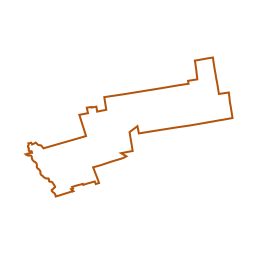 the district of Contesti, Teleorman, Romania, rotated 351°
{"feature_id": "2599482B71903037173663", "entity_name": "Contesti", "entity_type": "district", "adm_level": 2, "iso_a3": "ROU", "parent_name": "Romania", "parent_adm1": "Teleorman", "projection": "robinson", "projection_center": [25.518, 43.808], "detail": "fine", "context": "isolated", "style": "outline", "palette": "amber", "viewbox_px": 256, "rotation_deg": 351, "n_neighbors": 0, "source": "geoboundaries", "source_scale": "gbopen_adm2", "svg_char_len": 3845}
<svg xmlns="http://www.w3.org/2000/svg" viewBox="0 0 256 256"><g transform="rotate(351 128 128)"><path d="M232.8,134.5L232.8,121.4L232.7,120.8L232.7,119.3L232.7,118.1L232.7,117.6L232.8,116.1L232.9,114.7L233.0,112.8L233.0,111.4L233.1,110.4L233.1,109.7L233.1,108.7L231.6,108.7L229.5,108.7L228.7,108.6L227.9,108.7L227.3,108.7L225.5,108.6L224.1,108.6L223.1,108.6L223.1,106.6L223.1,105.8L223.1,104.3L223.1,103.0L223.1,101.8L223.1,100.3L223.1,99.4L223.1,98.6L223.1,97.8L223.1,96.7L223.0,95.6L223.0,94.2L222.9,94.1L222.9,93.6L222.9,92.9L222.9,92.0L222.9,91.0L222.9,90.6L222.9,90.1L222.9,89.5L222.9,87.2L222.8,84.9L222.8,83.0L222.8,81.5L222.8,78.9L222.8,78.2L222.8,76.9L222.8,75.1L222.9,73.5L222.9,71.7L221.0,71.7L219.8,71.7L218.5,71.7L217.2,71.7L215.3,71.7L214.0,71.7L213.8,71.8L211.1,71.8L209.2,71.9L205.6,71.9L204.6,71.9L204.6,74.5L204.5,82.6L204.4,83.3L204.1,90.8L194.7,90.8L194.7,93.8L184.9,93.7L166.4,93.9L127.8,94.0L109.4,93.8L109.4,106.6L100.1,107.0L100.1,102.0L95.3,102.1L95.3,101.5L90.5,101.5L90.8,107.1L82.0,107.4L85.3,129.4L41.7,134.8L41.4,134.9L40.2,132.9L39.4,131.6L38.5,131.3L36.9,130.8L36.6,130.6L34.6,128.0L34.2,128.2L30.7,129.3L30.1,127.4L28.2,127.6L27.2,127.6L27.3,128.3L27.3,128.9L27.2,129.3L27.1,129.5L26.7,129.8L26.4,130.0L26.3,130.4L26.3,130.6L26.3,130.9L26.3,131.1L26.4,131.4L26.5,131.6L26.5,131.9L26.6,132.0L26.9,132.4L26.9,132.5L27.0,132.7L26.9,133.1L26.7,133.4L26.5,133.7L26.5,133.9L26.4,134.2L26.5,134.5L26.5,134.8L26.7,135.1L27.0,135.5L27.8,135.6L28.9,135.8L29.1,135.9L29.2,136.1L29.3,136.5L29.3,137.3L29.1,137.2L28.8,137.3L28.4,137.4L28.0,137.4L26.9,137.6L25.9,137.5L25.3,137.6L24.2,137.7L23.8,138.0L23.5,138.2L22.9,138.1L23.1,138.4L23.7,138.8L24.9,139.5L25.2,139.6L25.6,139.7L26.6,139.8L27.2,139.9L27.7,140.1L28.0,140.2L28.2,140.4L28.3,140.7L28.4,141.0L28.4,141.6L28.4,142.7L28.4,143.6L28.5,144.0L28.8,144.8L29.4,145.5L29.8,146.3L30.1,146.6L30.6,146.8L31.0,147.2L31.3,147.5L31.6,147.8L31.9,148.2L32.0,148.8L32.2,149.4L32.3,150.0L32.2,150.8L31.9,151.7L31.8,152.0L31.8,152.4L31.9,152.7L32.0,153.0L32.3,153.4L32.4,153.8L32.6,154.1L32.9,154.3L33.4,154.7L33.6,154.9L33.8,155.1L34.0,155.5L34.2,156.2L34.4,156.6L34.5,156.9L34.7,157.1L34.7,157.3L34.7,157.5L34.7,157.9L34.6,158.2L34.4,158.7L34.4,158.9L34.4,159.3L34.5,159.6L34.5,160.0L34.6,160.3L34.8,160.6L35.2,161.0L35.3,161.2L35.5,161.4L35.8,161.5L36.1,161.8L36.4,162.3L36.8,163.0L37.0,163.3L37.3,163.6L37.9,164.0L38.1,164.2L38.2,164.4L38.3,164.5L38.6,164.7L39.3,164.9L39.6,165.0L39.8,165.1L40.0,165.3L40.4,165.4L40.7,165.3L41.0,165.3L41.4,165.3L41.5,165.4L41.7,165.6L41.8,166.0L42.0,166.4L42.0,166.5L42.0,166.8L42.0,167.1L41.7,167.5L41.7,168.0L41.8,168.2L41.9,168.4L42.0,168.6L42.3,168.8L42.8,169.0L43.2,169.0L43.5,169.0L44.2,169.3L44.4,169.4L44.6,169.6L44.9,170.0L45.0,170.4L45.5,171.5L45.9,172.2L46.1,172.5L46.2,172.8L46.2,173.1L46.3,173.3L46.5,173.8L46.8,174.2L46.8,174.3L46.8,174.5L46.8,174.8L46.7,175.0L46.3,175.3L45.8,175.6L45.6,175.7L45.4,175.7L45.2,175.8L44.8,176.1L44.4,176.6L44.2,176.8L43.6,176.9L43.3,177.0L43.2,177.1L42.9,177.4L42.8,177.6L42.9,177.9L43.0,178.4L43.3,178.9L43.9,179.7L44.6,180.4L44.9,180.7L45.1,181.0L45.3,181.3L45.4,181.5L45.5,181.6L45.5,181.8L45.7,182.1L45.8,182.4L45.8,182.9L45.9,183.8L45.9,184.3L50.3,183.8L51.9,183.5L60.9,182.2L61.5,182.1L62.1,182.0L62.9,181.7L63.2,182.0L63.3,181.9L63.5,181.9L64.2,181.8L63.7,181.2L62.6,180.1L62.2,179.5L64.2,179.2L63.5,177.5L67.8,176.8L68.5,176.8L70.1,176.6L72.3,176.4L74.7,176.1L74.9,177.2L79.8,176.4L82.0,176.2L86.8,175.6L87.4,178.3L89.2,178.0L90.8,177.8L90.3,175.1L89.6,171.6L88.4,166.1L87.8,163.1L87.4,161.4L95.1,160.5L107.1,158.5L116.9,157.2L119.5,156.6L122.0,155.7L117.3,151.8L129.0,151.4L129.0,146.5L128.9,136.7L128.9,132.3L137.6,127.7L137.9,135.1L147.1,135.0L148.2,135.0L157.2,135.0L176.4,135.0L189.7,135.2L220.1,134.7L223.0,134.7L232.8,134.5Z" fill="none" stroke="#b45309" stroke-width="2"/></g></svg>